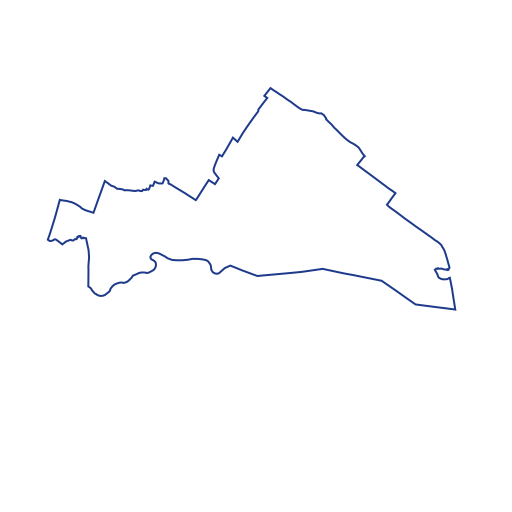 outline of Itesti, Bacau, Romania, rotated 320°
{"feature_id": "2599482B64151983327745", "entity_name": "Itesti", "entity_type": "district", "adm_level": 2, "iso_a3": "ROU", "parent_name": "Romania", "parent_adm1": "Bacau", "projection": "albers", "projection_center": [26.861, 46.655], "detail": "fine", "context": "isolated", "style": "outline", "palette": "blue", "viewbox_px": 512, "rotation_deg": 320, "n_neighbors": 0, "source": "geoboundaries", "source_scale": "gbopen_adm2", "svg_char_len": 5602}
<svg xmlns="http://www.w3.org/2000/svg" viewBox="0 0 512 512"><g transform="rotate(320 256 256)"><path d="M374.2,425.1L374.7,424.3L376.2,421.8L378.1,418.7L378.3,418.3L381.2,413.5L383.7,409.4L385.2,407.0L386.0,405.4L386.9,403.9L388.2,401.5L389.1,399.9L389.6,398.9L390.5,397.3L389.3,396.9L388.1,396.8L387.1,396.3L385.9,395.5L383.9,393.7L383.0,392.3L382.2,390.4L382.3,388.6L383.1,386.9L383.6,384.6L384.1,381.6L385.9,381.5L386.4,382.2L386.8,382.5L387.2,382.3L387.5,382.3L387.5,382.9L388.5,383.8L389.8,384.7L390.5,385.6L391.0,386.5L391.8,387.6L392.6,388.3L393.4,388.8L394.0,389.2L393.6,389.8L394.3,390.2L394.7,389.4L395.6,389.8L396.7,389.3L397.3,388.0L397.8,387.0L398.5,385.4L400.0,382.2L400.8,380.3L401.6,378.5L402.5,376.5L403.2,374.6L403.7,373.3L404.3,370.9L404.6,368.2L405.0,367.1L404.9,365.6L404.7,364.1L404.3,361.9L403.3,358.9L402.3,354.4L400.7,348.4L399.2,342.6L397.3,335.7L396.5,332.2L395.6,328.8L394.1,322.9L392.6,316.2L391.3,310.7L390.0,305.8L389.5,303.3L389.3,300.9L391.4,300.4L394.0,299.8L396.1,299.2L398.2,298.7L403.2,297.5L402.6,294.9L402.0,292.6L401.6,291.4L400.8,288.5L400.2,285.7L399.3,281.9L397.7,275.0L396.4,269.5L395.1,264.1L394.0,259.5L393.2,256.1L392.4,252.8L392.0,251.4L394.3,250.9L397.7,250.3L400.7,249.6L401.7,249.4L402.2,249.4L403.4,249.5L403.4,248.1L403.5,246.3L403.6,245.0L403.9,243.1L404.1,241.2L404.3,239.6L404.3,238.5L404.0,237.2L403.7,235.9L403.1,233.7L402.5,232.1L401.8,230.5L401.2,228.8L400.8,227.2L400.5,226.0L400.0,223.2L399.8,221.8L399.5,219.2L399.2,216.0L399.0,213.4L398.8,211.0L398.5,208.9L398.4,207.1L398.4,203.7L398.0,200.6L397.7,197.3L397.6,196.7L397.7,196.1L398.2,195.7L398.3,194.5L398.5,192.2L398.6,191.7L398.1,190.2L397.9,189.2L397.7,188.7L396.5,187.8L395.2,186.3L394.4,185.0L394.0,184.3L393.8,183.8L393.5,183.4L393.3,182.8L392.7,181.9L392.2,181.3L391.8,180.7L391.3,180.2L387.5,175.7L385.6,174.0L384.7,172.0L384.0,169.7L383.3,166.9L382.5,163.7L382.2,162.0L381.6,159.7L381.1,158.2L380.6,156.4L380.3,155.3L380.0,154.1L379.3,151.2L377.9,146.8L377.1,143.8L376.7,142.6L376.2,141.1L375.0,136.7L365.3,138.7L366.2,142.2L361.3,143.2L352.0,145.3L350.7,146.6L343.9,148.2L337.7,149.8L332.1,151.3L328.7,152.3L325.4,153.2L319.9,155.1L315.3,156.7L314.4,150.5L312.0,151.4L302.1,155.1L299.1,156.1L294.0,157.8L292.9,154.8L291.8,155.4L287.4,157.6L282.7,160.1L279.2,162.3L278.0,164.1L277.7,165.2L277.4,171.7L277.4,172.6L272.5,174.1L270.8,174.6L268.6,167.5L266.6,168.1L261.6,169.6L250.0,173.3L246.4,174.4L245.8,174.5L243.2,166.3L242.1,162.6L238.1,150.9L236.7,146.4L235.7,144.7L235.6,144.1L237.0,142.6L237.2,141.2L237.0,140.0L237.1,138.7L235.8,137.5L234.5,138.5L232.8,139.4L231.9,140.0L231.2,140.2L230.9,140.2L230.0,139.5L228.4,138.1L227.9,137.5L226.2,133.9L223.8,135.2L222.1,136.0L220.4,134.0L218.2,135.4L217.3,135.8L216.3,136.1L215.6,135.3L215.4,134.2L214.0,134.6L212.8,133.5L212.3,132.8L212.0,132.6L211.5,132.7L211.1,132.9L210.4,133.0L209.5,132.2L209.0,131.6L208.7,131.2L208.4,130.4L208.0,130.1L207.7,129.9L206.8,129.4L205.8,128.9L204.8,128.2L203.7,127.0L202.2,125.4L201.1,124.2L199.7,122.9L198.4,121.8L197.8,121.5L197.5,121.1L196.9,119.7L196.6,119.3L196.2,118.7L195.6,118.0L194.6,117.0L194.0,116.2L193.5,115.9L193.1,115.5L192.8,115.2L192.5,113.9L192.0,111.8L191.1,110.4L190.7,109.7L190.3,109.1L190.0,107.9L189.6,106.2L189.3,104.6L188.9,103.3L188.4,101.4L172.1,110.9L159.3,118.4L158.5,117.2L157.1,114.9L155.9,113.1L154.6,111.0L154.2,110.0L153.8,109.1L153.2,107.8L153.1,106.6L152.9,105.3L152.4,103.6L152.1,102.6L151.7,101.5L150.9,99.3L149.9,97.2L149.3,96.2L148.2,94.7L146.9,92.9L146.1,91.8L145.1,90.8L143.8,89.3L143.2,88.6L142.1,87.4L141.8,86.9L126.9,97.2L119.3,102.1L112.9,106.2L111.7,106.9L111.6,107.0L110.4,107.7L107.8,109.2L107.0,109.7L107.2,110.3L107.4,110.9L107.6,111.9L108.8,112.8L110.7,113.6L111.7,113.6L112.8,114.0L113.4,115.0L113.8,116.6L114.4,119.2L115.1,122.6L119.8,122.8L124.4,124.4L125.0,125.6L125.6,126.4L126.2,126.7L128.0,126.7L129.1,127.6L129.8,127.2L130.1,127.3L130.1,127.5L130.6,127.4L131.4,126.6L132.0,127.0L132.2,126.8L132.7,126.7L133.5,127.3L133.9,127.3L134.4,127.8L134.2,128.3L133.5,128.9L133.5,129.1L133.8,129.9L133.8,130.4L134.5,130.8L134.8,131.1L135.4,130.8L135.7,131.2L136.2,132.1L137.2,133.1L131.5,143.9L127.3,149.7L125.3,151.8L123.6,153.4L122.7,154.4L120.6,156.6L119.4,158.1L118.7,159.0L116.4,161.7L108.0,171.5L108.4,173.0L108.7,174.5L108.6,175.6L108.3,176.9L108.4,178.8L108.4,180.8L108.6,181.5L109.0,182.3L109.2,183.0L109.3,183.6L110.2,185.4L111.3,186.7L112.9,187.9L114.9,188.7L118.3,188.9L119.7,188.9L121.0,188.9L122.0,188.6L123.0,187.8L124.3,187.4L126.6,186.9L129.2,186.9L131.7,187.6L134.5,188.8L135.9,189.8L137.0,191.2L137.9,191.9L139.2,192.4L140.8,192.9L142.2,193.0L144.0,192.9L146.6,192.7L149.0,191.9L151.7,192.8L155.4,193.8L157.2,194.7L158.4,195.6L159.5,196.5L160.7,197.8L161.7,199.1L163.6,199.9L166.3,200.5L168.9,200.9L171.2,200.3L173.1,199.1L174.4,197.5L175.0,196.1L174.9,194.4L174.6,193.4L174.0,192.1L173.8,191.1L173.8,190.0L174.5,188.8L176.1,188.1L177.9,187.9L179.5,188.2L181.2,189.1L182.6,190.5L183.5,192.1L184.3,193.8L186.1,198.2L186.8,200.9L188.9,204.6L189.7,205.6L192.5,208.3L197.1,212.1L201.3,215.0L205.6,217.4L209.9,221.1L213.1,224.5L215.2,227.2L215.9,229.6L215.6,233.2L214.7,235.2L212.9,237.8L212.7,239.3L212.5,240.7L213.2,242.7L214.7,244.6L215.7,245.0L216.7,245.4L219.3,245.3L220.0,245.3L224.3,245.2L227.9,246.2L230.2,246.9L235.2,256.3L236.3,258.4L244.2,272.2L246.4,273.7L272.4,291.8L281.2,297.8L298.8,308.7L311.9,325.5L313.8,327.8L317.4,332.1L336.3,355.7L340.7,371.6L344.8,387.2L347.1,395.7L351.8,400.8L361.2,411.0L366.3,416.5L367.1,417.3L370.0,420.5L373.9,424.7L374.2,425.1Z" fill="none" stroke="#1e3a8a" stroke-width="2"/></g></svg>